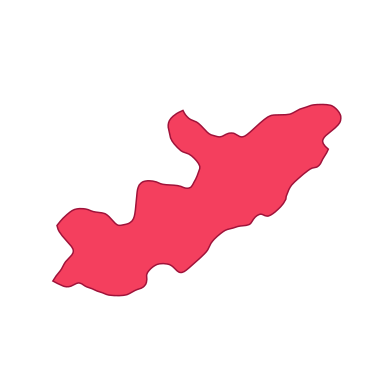 El Pino, Dajabón, Dominican Republic (Natural Earth projection), rotated 49°
{"feature_id": "3306468B80571164490310", "entity_name": "El Pino", "entity_type": "district", "adm_level": 2, "iso_a3": "DOM", "parent_name": "Dominican Republic", "parent_adm1": "Dajabón", "projection": "natural_earth1", "projection_center": [-71.49, 19.399], "detail": "fine", "context": "isolated", "style": "filled", "palette": "rose", "viewbox_px": 384, "rotation_deg": 49, "n_neighbors": 0, "source": "geoboundaries", "source_scale": "gbopen_adm2", "svg_char_len": 3469}
<svg xmlns="http://www.w3.org/2000/svg" viewBox="0 0 384 384"><g transform="rotate(49 192 192)"><path d="M259.0,125.9L257.1,123.8L253.8,117.5L252.8,114.9L252.1,112.2L251.7,107.9L251.6,103.5L251.6,96.2L251.9,90.5L252.2,87.9L252.8,85.6L254.9,81.8L255.2,80.8L255.3,78.8L254.9,76.5L252.9,71.7L250.7,64.6L249.1,61.0L244.9,61.5L241.7,61.2L239.8,60.4L239.0,59.7L238.3,58.7L237.5,56.5L237.2,54.0L237.5,41.8L237.2,37.7L236.6,35.1L236.1,34.0L235.5,33.0L234.0,31.3L232.2,29.9L231.0,29.4L228.6,28.8L226.0,28.6L223.5,28.7L221.0,29.1L218.6,29.9L217.4,30.6L214.4,33.1L211.6,36.0L208.1,40.2L205.8,43.4L204.7,45.4L202.9,50.0L200.2,56.3L198.6,63.6L197.9,66.0L197.4,67.2L195.2,70.5L187.7,79.6L186.3,81.8L185.8,83.1L185.1,85.7L184.7,89.9L184.6,95.6L184.9,108.6L184.8,112.7L184.5,115.2L184.1,116.4L183.6,117.5L183.0,118.4L181.4,119.6L175.8,121.6L174.9,122.1L173.4,123.5L172.1,125.2L171.6,126.2L170.8,128.4L169.8,132.7L168.8,134.6L168.2,135.4L166.6,136.7L161.4,140.1L159.2,140.9L156.8,141.3L148.1,141.7L144.4,142.1L142.1,142.7L136.4,145.5L134.2,146.1L131.9,146.3L129.7,146.3L127.4,146.0L124.5,145.3L123.2,149.8L122.7,152.3L122.4,156.6L122.6,159.5L123.3,162.2L124.4,164.3L125.8,166.0L127.6,167.5L137.1,172.7L140.5,173.6L144.0,173.9L148.8,173.8L153.4,173.3L155.6,172.6L156.5,172.1L161.2,169.5L164.5,168.6L168.0,168.2L171.5,168.1L174.8,168.4L176.9,169.0L177.9,169.4L178.7,170.1L179.5,170.9L183.2,177.5L184.7,180.7L185.9,184.0L187.0,186.8L187.5,188.8L187.6,189.9L187.3,190.9L186.9,191.9L186.4,192.7L185.0,194.2L183.3,195.3L180.5,196.7L177.7,198.7L175.0,201.2L169.7,206.6L167.0,209.0L165.1,210.3L161.0,212.3L158.1,214.4L156.3,216.1L154.6,217.9L153.2,220.0L152.6,221.1L152.1,222.3L151.9,223.5L151.8,224.8L152.1,227.3L153.2,229.6L154.5,231.6L156.1,233.5L168.5,246.6L171.0,249.5L172.5,251.5L173.7,253.6L174.5,256.1L174.5,258.6L174.3,259.8L174.0,260.9L173.1,262.9L170.5,267.5L169.2,269.1L168.3,269.7L167.3,270.1L165.2,270.5L156.2,270.8L153.9,271.1L151.7,271.7L150.6,272.3L148.6,273.7L144.0,277.8L142.1,279.3L140.1,280.5L137.1,282.0L135.1,283.4L133.3,285.0L130.7,287.8L129.3,289.9L128.1,292.2L127.4,294.7L127.1,297.3L127.0,301.3L127.2,306.6L127.7,310.6L128.7,315.9L132.4,317.6L134.8,318.2L139.9,318.7L154.0,318.7L156.2,319.1L157.3,319.4L158.3,320.0L159.2,320.8L159.9,321.8L160.7,324.1L161.7,333.2L162.4,335.6L164.5,341.0L165.1,343.4L166.2,349.6L167.9,355.4L172.6,353.6L178.5,350.9L179.5,350.3L181.1,349.0L182.5,347.3L183.6,345.3L185.3,338.9L186.3,337.1L187.1,336.5L188.8,335.5L192.8,334.4L194.7,333.6L199.4,330.9L204.5,328.6L209.1,325.8L213.1,323.8L215.2,322.4L219.0,318.8L222.5,314.9L224.9,311.7L226.3,309.4L226.9,308.2L227.6,305.8L228.9,299.7L229.6,297.5L231.3,293.4L231.7,291.2L231.7,290.0L231.3,287.6L230.3,285.7L228.3,283.4L225.3,281.1L224.6,280.3L223.6,278.4L223.1,276.1L222.8,273.6L222.8,271.1L223.1,268.5L223.7,266.0L224.9,263.6L227.2,260.6L230.0,258.0L232.0,256.6L234.2,255.8L236.4,255.4L241.7,255.0L243.7,254.5L244.6,254.0L245.4,253.3L246.1,252.4L246.9,250.2L247.2,247.8L247.3,243.9L247.1,228.6L246.8,223.1L246.5,220.4L245.9,217.9L243.2,211.5L242.6,208.9L242.2,206.2L242.0,202.0L242.1,197.7L242.3,194.9L242.7,192.2L243.5,189.8L246.1,184.7L248.0,180.2L249.2,178.1L252.7,173.1L253.7,171.0L254.1,170.0L254.2,168.9L254.1,167.8L252.8,163.2L252.4,160.7L252.5,158.2L253.1,155.9L253.6,154.9L254.4,154.1L255.2,153.6L257.8,152.4L259.5,151.1L260.2,150.2L261.0,147.8L261.4,145.2L261.6,142.3L261.5,137.9L261.3,134.9L260.6,130.6L259.0,125.9Z" fill="#f43f5e" stroke="#9f1239" stroke-width="1.5"/></g></svg>